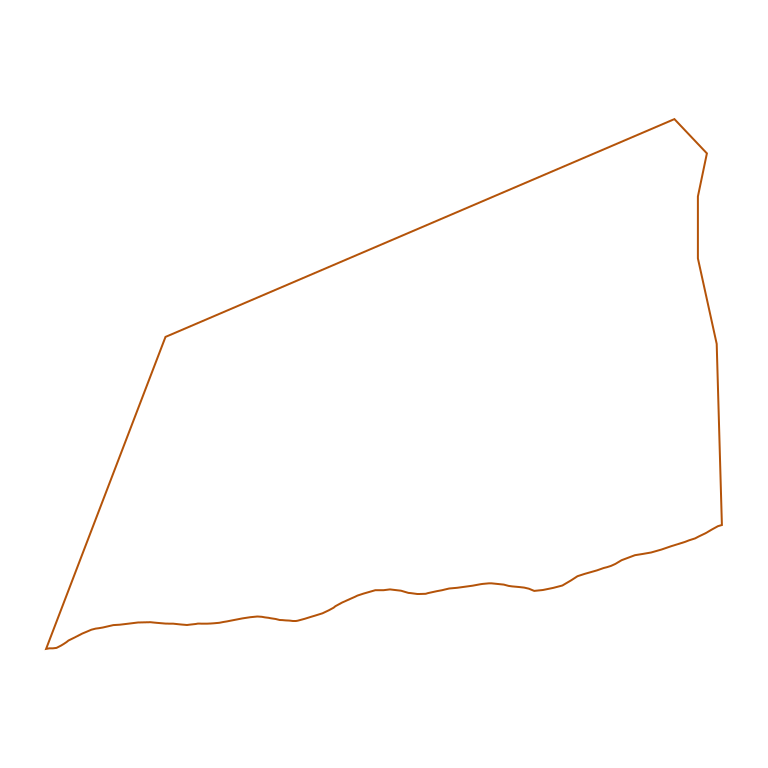 outline of Cocoa Dan, Saint Lucia
{"feature_id": "8701671B69443980159425", "entity_name": "Cocoa Dan", "entity_type": "district", "adm_level": 2, "iso_a3": "LCA", "parent_name": "Saint Lucia", "parent_adm1": "", "projection": "orthographic", "projection_center": [-60.972, 13.731], "detail": "fine", "context": "isolated", "style": "outline", "palette": "amber", "viewbox_px": 768, "rotation_deg": 0, "n_neighbors": 0, "source": "geoboundaries", "source_scale": "gbopen_adm2", "svg_char_len": 1635}
<svg xmlns="http://www.w3.org/2000/svg" viewBox="0 0 768 768"><path d="M46.1,648.9L49.5,648.3L53.1,648.3L56.5,647.9L61.0,645.6L63.8,643.9L66.5,642.1L68.5,640.5L73.6,638.0L82.4,633.5L86.5,631.8L91.4,629.7L95.7,628.6L98.8,628.2L102.9,627.5L104.6,627.1L113.3,625.1L119.8,624.7L128.2,623.7L137.9,622.5L146.0,622.3L150.5,622.2L153.3,622.5L156.4,622.8L165.8,623.6L173.4,623.7L181.1,624.5L187.0,625.0L189.3,624.7L195.6,624.0L197.9,623.6L206.3,623.7L210.7,623.5L213.6,623.3L219.3,622.8L223.3,622.0L227.0,621.4L230.5,620.7L242.4,618.4L250.3,617.2L257.4,616.5L261.8,616.8L265.1,617.4L268.5,617.8L270.4,618.2L275.7,619.0L279.7,620.0L282.4,620.1L285.7,620.4L289.7,620.6L292.9,621.0L295.9,621.0L297.7,620.7L304.7,618.8L311.1,616.8L314.8,615.7L322.5,613.3L329.0,610.2L333.6,607.7L335.4,606.2L342.0,602.6L350.9,598.6L355.0,596.8L357.4,595.6L363.5,593.6L375.3,590.2L383.5,590.2L390.0,589.4L395.8,590.1L401.0,590.7L408.4,592.9L410.7,593.1L417.3,594.0L419.2,594.0L425.7,593.8L428.0,593.1L436.7,591.2L442.1,590.2L444.5,589.6L449.2,588.5L457.1,587.8L472.5,585.7L480.6,584.2L482.8,583.9L489.3,583.3L491.2,583.3L503.8,584.6L508.6,585.9L512.2,586.4L518.9,587.0L524.2,587.6L528.9,588.7L534.2,590.9L542.9,590.0L553.2,587.9L562.4,585.5L563.9,584.6L571.2,580.3L577.5,576.2L584.6,573.9L596.9,570.4L603.7,568.0L606.9,567.2L611.0,565.9L615.2,564.0L621.6,560.2L634.9,555.2L643.0,553.9L651.1,552.5L661.6,549.5L671.2,546.2L685.0,541.9L689.1,540.3L695.1,538.4L698.7,536.5L705.6,533.2L711.9,529.5L717.9,526.2L721.9,525.0L716.7,343.9L697.9,258.4L697.9,196.5L706.9,153.4L674.4,119.1L165.5,336.9L80.9,557.9L46.1,648.9Z" fill="none" stroke="#b45309" stroke-width="2"/></svg>